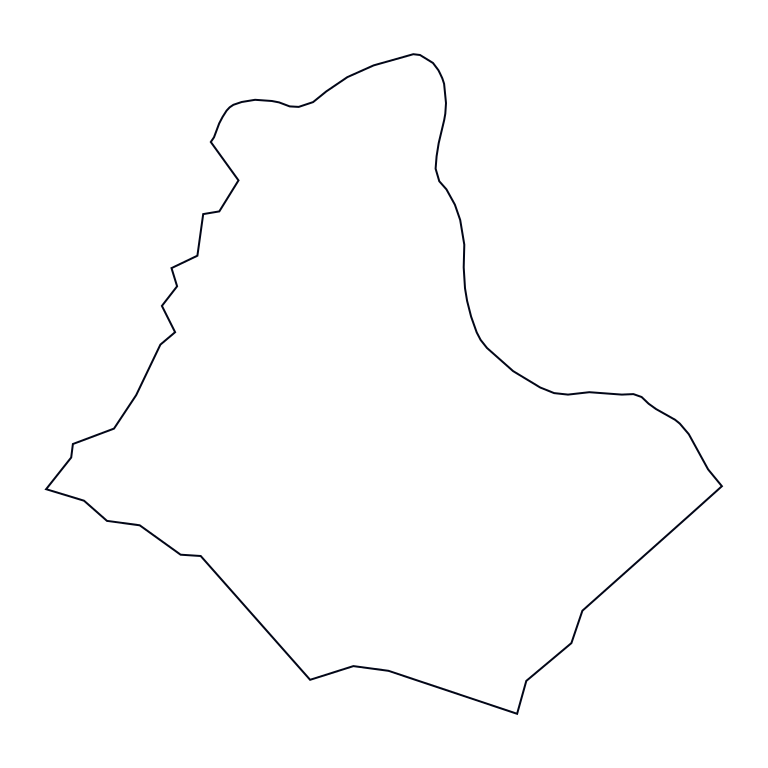 Greenup, Kentucky, United States of America
{"feature_id": "52423323B79088565472709", "entity_name": "Greenup", "entity_type": "district", "adm_level": 2, "iso_a3": "USA", "parent_name": "United States of America", "parent_adm1": "Kentucky", "projection": "orthographic", "projection_center": [-82.912, 38.565], "detail": "fine", "context": "isolated", "style": "outline", "palette": "ink", "viewbox_px": 768, "rotation_deg": 0, "n_neighbors": 0, "source": "geoboundaries", "source_scale": "gbopen_adm2", "svg_char_len": 1156}
<svg xmlns="http://www.w3.org/2000/svg" viewBox="0 0 768 768"><path d="M721.9,486.2L708.1,469.4L688.8,434.2L679.8,423.6L675.1,419.8L656.1,409.1L648.6,403.7L641.6,397.0L633.4,394.1L621.8,394.6L589.3,392.2L568.0,394.6L554.1,393.1L540.2,387.5L518.7,374.5L513.1,371.1L487.0,348.0L480.6,339.9L476.7,332.4L471.1,316.6L467.1,300.9L465.0,288.2L463.7,267.4L464.3,244.7L460.2,220.0L454.9,204.7L446.4,189.3L439.3,181.3L435.6,168.7L436.6,156.2L438.7,143.1L444.2,120.0L445.3,113.7L446.0,103.1L444.1,83.8L442.3,78.3L440.0,73.4L438.4,70.2L433.0,63.0L420.0,55.0L413.3,54.2L373.6,65.4L347.4,77.1L326.3,91.4L313.1,102.1L298.7,106.9L289.7,106.4L279.1,102.4L271.9,101.0L255.1,99.8L241.7,102.0L233.4,104.8L229.7,107.3L229.4,107.6L226.6,110.6L222.6,116.9L219.2,123.4L214.0,137.3L210.8,142.0L238.5,180.4L219.3,211.4L203.2,214.1L197.4,255.7L171.5,268.1L177.1,286.3L161.9,305.9L175.1,332.2L160.4,344.6L136.2,395.1L114.0,428.6L72.9,444.0L71.2,457.5L46.1,489.2L84.0,500.7L107.0,520.9L139.7,525.3L180.6,554.7L200.7,556.0L310.1,679.8L353.4,666.1L388.4,670.8L517.1,713.8L526.3,680.9L571.4,643.1L582.4,610.7L689.7,515.1L721.9,486.2Z" fill="none" stroke="#020617" stroke-width="2"/></svg>